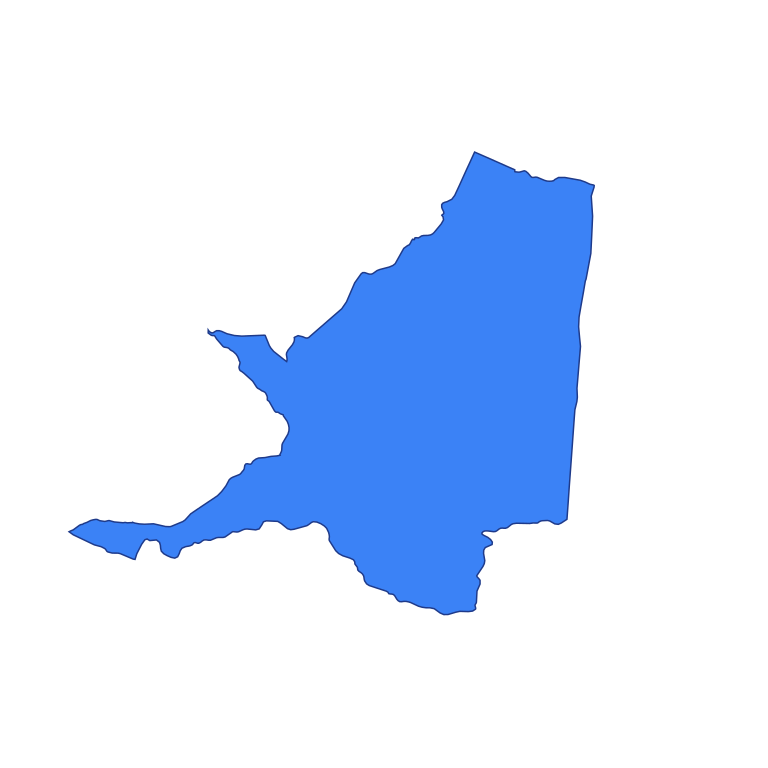 the Province of Tete, rotated 115°
{"feature_id": "MOZ-1190", "entity_name": "Tete", "entity_type": "Province", "adm_level": 1, "iso_a3": "MOZ", "parent_name": "Mozambique", "parent_adm1": "", "projection": "robinson", "projection_center": [33.352, -15.869], "detail": "fine", "context": "isolated", "style": "filled", "palette": "blue", "viewbox_px": 768, "rotation_deg": 115, "n_neighbors": 0, "source": "natural_earth", "source_scale": "10m", "svg_char_len": 5991}
<svg xmlns="http://www.w3.org/2000/svg" viewBox="0 0 768 768"><g transform="rotate(115 384 384)"><path d="M135.5,399.9L135.3,391.6L135.0,377.2L134.8,365.7L134.6,356.0L136.1,355.3L136.3,355.0L135.1,351.5L134.6,350.6L131.5,347.0L131.3,345.4L132.0,342.7L133.9,338.6L134.2,337.4L133.8,336.2L132.3,333.8L131.9,332.4L131.6,324.6L131.2,322.1L130.4,319.9L129.3,317.8L128.0,316.2L126.5,315.6L123.1,313.1L120.4,307.4L116.4,292.3L115.9,287.1L115.9,281.8L115.1,278.2L115.2,277.4L116.9,276.8L126.1,275.6L133.9,271.3L143.7,265.9L154.8,261.3L163.8,257.6L178.3,251.7L188.8,249.0L203.6,245.2L205.5,245.1L216.4,242.1L229.9,238.5L240.9,235.5L249.9,231.8L259.7,226.1L266.9,221.8L281.9,216.3L295.7,211.2L306.3,207.3L314.2,203.2L318.3,201.8L326.7,200.1L336.5,196.4L347.5,192.2L363.5,186.1L381.1,179.4L399.3,172.5L412.5,167.4L421.7,163.9L429.3,161.0L435.1,164.6L437.5,166.7L438.6,170.1L438.1,176.1L438.6,178.2L441.2,183.1L442.1,184.2L443.6,185.3L444.5,185.7L445.3,186.4L445.6,187.1L447.0,190.2L448.9,193.1L454.2,205.1L456.1,208.0L457.5,209.2L461.9,211.4L463.3,212.8L464.0,214.2L464.5,215.7L465.4,217.3L466.6,218.3L469.5,219.8L470.7,220.8L471.6,222.4L473.0,226.9L473.7,228.8L474.6,230.5L475.8,231.7L477.7,232.3L478.7,231.5L479.0,229.4L479.1,225.2L479.9,221.7L481.5,219.0L483.8,218.2L489.4,223.1L492.4,223.4L495.4,222.2L501.5,218.0L504.4,217.2L507.5,217.2L518.5,218.9L519.3,218.3L520.6,215.2L521.3,214.0L524.7,212.4L532.4,212.2L542.8,208.0L543.6,207.9L545.3,208.1L546.1,208.0L546.9,207.4L547.7,206.7L548.5,206.1L549.4,205.9L552.3,207.7L553.2,209.1L554.6,211.3L558.0,219.2L560.5,222.5L565.9,228.6L567.7,232.4L567.8,236.4L566.4,243.5L567.4,247.7L569.1,251.5L570.2,255.1L570.8,258.9L570.8,267.7L571.1,269.7L571.7,272.1L572.6,274.1L573.8,275.9L574.6,277.7L574.4,279.7L573.6,281.5L571.4,284.8L570.8,286.5L571.1,288.2L571.7,289.7L572.0,291.1L571.0,292.4L570.8,294.4L571.9,303.6L572.9,312.2L572.5,315.3L570.6,318.4L569.1,319.6L567.8,320.4L566.5,321.4L565.3,323.2L564.8,324.7L564.3,327.7L563.6,329.2L561.4,330.6L559.4,334.3L557.5,335.4L556.2,337.4L556.2,341.5L557.1,348.7L556.8,353.5L555.5,357.3L549.0,367.4L547.8,368.2L545.6,368.9L543.9,369.9L542.0,371.4L539.0,375.0L537.9,378.0L537.3,382.2L537.5,386.5L538.7,389.9L540.0,391.1L543.5,393.0L545.0,394.0L553.7,404.2L555.5,407.0L555.9,410.3L553.9,418.1L553.4,422.2L557.7,432.7L559.8,435.0L563.4,435.2L568.1,435.9L570.4,438.6L573.3,446.9L574.4,448.8L575.7,450.2L579.1,453.1L579.8,453.9L580.4,455.0L581.7,458.6L582.3,459.1L583.1,459.5L589.8,463.4L591.1,465.0L593.0,469.1L594.0,470.7L598.9,475.2L599.7,476.9L600.5,479.5L601.5,481.3L603.1,482.4L605.0,483.3L605.9,484.0L606.6,484.6L607.1,485.6L607.4,487.9L607.9,488.8L608.6,489.3L610.2,489.6L610.9,489.9L612.3,491.1L613.2,492.1L615.2,495.0L618.2,497.7L621.2,498.2L624.4,497.9L627.8,498.0L630.2,500.0L631.1,503.7L631.2,508.0L630.9,511.9L629.6,515.2L627.3,517.0L624.7,518.5L622.4,520.5L621.5,524.3L624.9,530.1L624.6,533.2L626.2,534.9L631.7,535.9L642.3,536.3L648.2,535.5L648.7,537.4L649.2,551.3L649.7,553.6L652.1,558.9L652.9,563.3L652.8,564.3L651.5,566.5L651.2,567.3L651.1,568.3L651.0,571.2L651.0,571.7L652.2,578.5L652.0,601.9L651.0,607.0L649.8,606.1L647.5,604.0L640.7,600.3L639.4,599.2L638.6,597.9L637.6,597.4L634.9,594.7L631.7,592.2L630.0,590.2L628.6,588.2L628.1,587.1L628.0,586.4L628.0,584.1L627.9,583.4L626.6,579.1L626.0,578.2L624.4,576.2L623.9,575.3L623.0,570.1L620.0,561.8L618.9,560.2L618.7,559.6L618.3,557.9L616.6,554.8L616.2,553.7L615.6,553.6L615.4,551.2L614.2,546.6L612.2,541.6L608.1,533.8L605.5,521.8L604.0,518.2L603.2,516.9L593.7,508.2L591.3,506.8L583.3,504.3L575.4,499.6L555.7,487.7L550.1,485.7L543.1,484.2L536.1,483.8L534.2,483.0L532.5,481.8L527.2,476.8L526.4,476.3L525.3,475.9L523.0,475.4L521.9,475.0L520.2,474.8L516.5,475.8L514.8,475.4L514.0,474.1L513.6,472.4L513.1,471.0L511.9,470.4L510.0,470.2L508.8,469.8L506.1,468.3L504.1,466.4L501.0,460.8L497.4,455.9L494.4,450.6L492.5,448.1L492.2,448.5L488.3,448.5L487.0,448.8L482.3,450.7L480.6,450.9L470.0,449.9L466.5,450.4L463.7,451.6L461.1,453.5L458.8,455.9L455.4,461.7L454.5,462.4L454.8,465.2L454.7,466.0L454.4,467.8L454.5,468.5L455.0,469.5L455.2,470.1L455.0,471.0L454.5,472.1L448.5,480.5L448.2,481.2L448.0,482.2L447.8,482.9L447.1,483.4L445.9,483.8L445.4,484.1L444.1,485.1L442.3,487.4L442.0,488.0L441.8,488.8L441.7,490.2L441.8,491.9L441.7,492.5L441.3,494.5L441.3,495.2L441.3,495.8L441.2,496.8L440.7,498.1L437.2,503.7L436.8,504.5L433.4,515.6L432.8,518.3L432.7,519.8L432.5,520.2L432.1,520.9L431.1,521.8L430.5,522.3L429.8,522.6L426.1,523.3L425.5,523.5L425.1,523.8L424.7,524.2L424.0,525.2L423.6,525.6L422.8,526.2L421.7,527.4L420.8,528.5L419.5,530.7L418.3,534.4L418.1,537.1L417.9,538.1L417.4,539.2L417.2,540.2L417.3,541.5L418.1,544.3L418.1,545.1L417.9,546.0L414.0,554.6L413.1,556.1L412.1,557.5L411.9,558.2L412.3,559.2L412.6,559.9L412.8,560.8L412.8,561.5L412.1,564.9L409.4,566.1L409.9,565.3L410.5,563.4L410.4,561.5L409.7,560.5L407.4,559.0L406.4,558.2L405.3,555.8L404.9,553.2L404.9,552.0L404.8,547.5L403.3,540.1L400.7,533.1L396.3,524.6L390.3,513.0L390.2,512.2L397.7,504.1L399.3,501.7L401.1,497.8L404.1,485.2L404.8,481.7L403.5,481.9L401.8,482.7L398.6,484.9L396.9,485.4L393.6,485.2L387.2,483.6L383.9,483.4L382.3,483.7L380.8,484.3L379.9,485.0L379.3,484.7L376.5,482.3L375.5,477.6L375.4,474.8L374.9,473.1L373.7,471.9L361.1,466.3L344.5,458.9L333.7,454.1L325.4,452.7L304.7,453.3L293.8,451.3L292.1,450.4L291.2,448.6L290.7,444.0L289.8,441.9L288.5,440.7L284.1,438.2L282.1,436.3L275.7,428.6L272.8,426.0L270.2,424.7L252.7,423.4L248.7,421.2L247.1,419.9L245.0,419.6L242.7,419.6L240.7,419.3L240.5,418.9L240.6,418.3L240.6,417.8L240.1,417.5L239.7,417.5L238.9,417.8L238.5,417.7L237.9,416.9L237.5,415.8L237.1,414.6L236.0,413.8L234.0,412.6L232.7,410.9L230.7,406.9L229.2,404.8L227.4,403.4L225.5,402.6L214.8,399.8L210.1,399.4L207.5,401.2L206.7,402.9L205.9,402.8L205.0,402.1L204.1,401.9L202.6,402.8L200.7,405.2L199.4,406.4L197.1,407.5L195.4,407.2L193.8,405.9L192.1,403.9L187.9,400.6L183.2,399.6L171.9,399.6L154.8,399.8L147.2,399.8L135.5,399.9Z" fill="#3b82f6" stroke="#1e3a8a" stroke-width="1.5"/></g></svg>